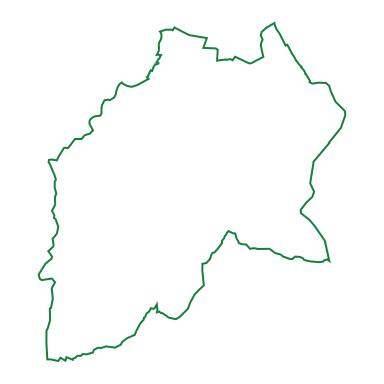 Mioveni, Arges, Romania
{"feature_id": "2599482B98376414707582", "entity_name": "Mioveni", "entity_type": "district", "adm_level": 2, "iso_a3": "ROU", "parent_name": "Romania", "parent_adm1": "Arges", "projection": "mercator", "projection_center": [24.948, 44.942], "detail": "fine", "context": "isolated", "style": "outline", "palette": "green", "viewbox_px": 384, "rotation_deg": 0, "n_neighbors": 0, "source": "geoboundaries", "source_scale": "gbopen_adm2", "svg_char_len": 3617}
<svg xmlns="http://www.w3.org/2000/svg" viewBox="0 0 384 384"><path d="M344.9,111.2L343.8,110.0L335.5,101.7L330.7,91.1L329.2,85.9L325.9,82.9L318.8,82.7L312.4,83.6L309.6,82.2L310.0,81.0L306.1,74.4L305.6,74.4L305.3,73.6L305.1,73.0L305.0,72.6L304.8,72.1L304.6,71.6L304.5,71.4L304.3,71.1L304.0,70.6L303.9,70.4L303.5,69.9L303.3,69.6L303.2,69.5L302.6,68.9L302.1,68.3L302.0,68.2L301.8,67.8L301.2,67.3L301.5,66.8L301.0,66.5L300.6,66.0L300.2,65.7L299.4,64.8L299.2,64.6L298.9,64.1L298.7,64.0L298.1,63.2L297.7,62.6L296.8,61.4L295.6,59.8L295.2,58.8L294.7,57.7L293.0,55.2L292.5,54.6L291.2,52.1L290.8,51.3L290.0,49.7L289.4,48.7L288.4,46.6L287.6,45.4L287.3,44.9L287.2,44.7L285.6,45.6L279.5,33.5L276.5,29.2L274.5,24.3L274.4,23.0L266.1,27.9L261.7,31.9L260.7,35.2L262.6,39.7L261.1,43.1L260.8,45.4L262.9,55.3L263.4,56.9L251.2,63.2L250.0,63.4L248.7,63.2L235.1,56.7L232.6,60.3L230.5,59.1L226.4,59.8L226.1,59.5L223.5,59.8L220.7,60.1L217.1,60.7L217.7,49.7L215.7,48.4L203.4,47.9L206.8,38.1L189.1,35.1L174.4,27.5L172.7,30.3L170.9,29.6L168.5,29.8L165.9,29.6L160.7,31.4L160.0,31.6L160.8,32.6L161.5,34.3L161.2,38.8L159.2,42.6L158.7,44.8L159.0,47.3L158.9,50.0L158.4,51.8L156.8,54.9L157.6,54.8L160.1,54.8L161.1,55.1L160.0,56.7L159.6,58.2L158.4,59.1L157.5,60.9L157.0,61.9L156.7,62.1L157.2,62.4L158.5,63.1L158.3,63.6L157.1,64.1L156.3,64.3L155.5,64.5L155.2,64.3L154.3,65.8L153.8,66.4L152.1,71.0L150.6,70.3L147.7,77.0L147.1,77.2L148.6,78.9L137.2,85.1L135.5,85.7L133.5,86.3L131.5,86.8L130.3,86.6L128.3,86.2L127.0,85.8L126.2,85.4L123.2,83.9L122.5,83.2L121.8,82.5L119.7,84.0L117.8,86.9L116.3,91.3L116.0,92.9L115.7,94.6L114.1,97.5L109.8,100.2L107.6,99.6L104.5,100.3L102.0,105.1L101.5,107.8L101.5,113.4L100.1,115.7L94.6,116.4L92.2,117.6L90.2,119.6L89.5,121.2L89.5,123.9L91.1,126.9L93.0,130.3L89.9,133.6L84.7,135.2L81.6,139.0L75.0,139.0L68.2,148.0L64.1,147.8L58.8,156.2L56.8,160.4L51.5,159.5L49.0,159.9L48.6,162.0L49.9,164.2L52.7,170.9L54.6,175.3L55.9,179.7L54.7,181.7L54.7,187.6L56.3,193.5L55.0,197.0L55.2,204.6L52.0,210.8L54.4,215.5L53.9,217.8L55.5,219.0L58.3,226.7L56.9,233.6L52.6,238.8L53.6,245.2L52.9,247.0L48.3,251.2L52.1,256.5L51.4,258.9L48.6,261.1L45.3,263.9L38.7,274.5L39.7,278.6L41.7,280.1L51.8,278.5L55.1,282.3L51.7,288.3L52.8,298.7L51.0,307.9L49.8,308.6L50.1,320.1L47.8,328.1L46.5,330.8L46.4,343.0L47.3,359.4L50.7,359.4L58.3,361.0L60.4,357.7L65.4,360.7L66.5,357.2L72.8,359.8L73.2,358.5L75.2,357.9L77.6,355.7L80.7,355.9L82.7,354.1L87.0,354.3L92.9,352.5L93.9,349.9L98.0,347.7L100.9,348.1L105.9,346.4L115.0,347.6L120.7,344.8L122.1,341.9L127.5,338.0L134.8,334.8L136.5,330.6L140.3,323.4L143.6,319.7L144.0,317.6L145.1,317.2L146.6,313.4L149.2,311.5L150.9,308.2L153.3,308.9L154.9,307.9L156.8,304.4L157.4,310.2L157.0,312.3L159.2,311.5L160.6,312.9L162.3,313.1L165.3,315.1L168.7,317.6L175.9,319.2L179.4,317.2L187.9,308.8L190.0,303.0L194.7,294.4L198.1,290.8L203.8,285.3L202.3,270.2L202.5,263.8L206.4,263.0L210.1,258.8L211.4,254.6L212.3,253.1L214.9,252.1L219.4,246.7L222.1,242.9L222.0,240.7L224.2,238.1L224.8,236.0L226.2,234.7L226.6,233.3L228.5,231.1L232.9,233.3L235.2,233.5L236.7,238.9L238.2,241.0L238.9,243.1L242.6,244.3L246.2,244.5L250.0,248.8L251.2,248.7L252.4,248.3L255.3,248.3L257.8,249.0L269.4,248.8L275.1,253.0L281.1,254.7L282.8,256.4L289.2,258.8L291.9,259.2L295.3,256.6L299.7,256.9L302.7,258.1L304.4,260.1L310.4,261.4L319.6,262.2L323.0,261.6L324.2,260.3L327.2,259.4L329.3,260.9L324.8,240.7L315.1,226.6L309.5,219.9L300.9,213.2L300.7,209.9L306.3,202.5L312.3,196.9L314.1,191.7L310.2,183.4L313.6,161.7L315.0,160.0L329.4,142.9L329.1,142.5L340.9,127.9L345.3,115.3L345.2,113.7L345.0,112.1L344.9,111.2Z" fill="none" stroke="#15803d" stroke-width="2"/></svg>